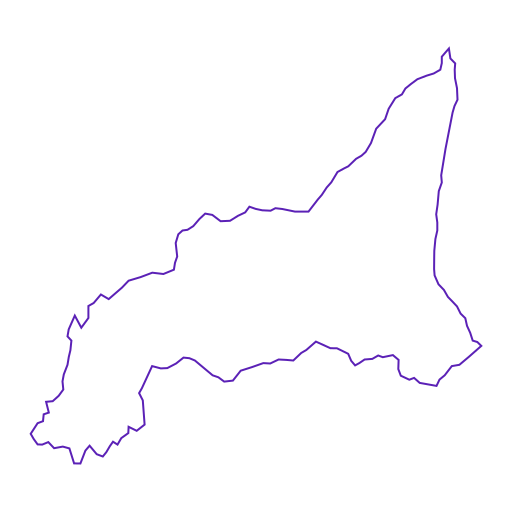 the district of Buritinópolis, Goiás, Brazil
{"feature_id": "56859067B12630589469330", "entity_name": "Buritinópolis", "entity_type": "district", "adm_level": 2, "iso_a3": "BRA", "parent_name": "Brazil", "parent_adm1": "Goiás", "projection": "equal_earth", "projection_center": [-46.305, -14.393], "detail": "fine", "context": "isolated", "style": "outline", "palette": "violet", "viewbox_px": 512, "rotation_deg": 0, "n_neighbors": 0, "source": "geoboundaries", "source_scale": "gbopen_adm2", "svg_char_len": 2270}
<svg xmlns="http://www.w3.org/2000/svg" viewBox="0 0 512 512"><path d="M128.3,433.1L128.6,426.8L136.7,430.8L144.6,424.6L142.8,400.4L139.1,393.1L141.9,388.2L152.1,366.1L160.8,368.4L167.3,368.1L176.1,363.5L183.5,357.6L189.4,358.2L194.9,360.5L212.6,375.3L218.4,377.3L224.2,381.6L232.9,380.6L240.7,370.7L252.0,367.1L263.3,363.1L270.2,363.5L278.6,359.5L286.2,359.9L293.3,360.5L301.3,352.9L306.3,350.0L315.9,341.6L330.4,348.2L337.0,348.3L348.2,353.8L351.2,360.8L355.1,365.4L359.3,363.1L364.6,359.5L372.3,358.9L378.2,355.5L382.8,357.2L392.9,355.1L398.6,359.9L398.3,369.1L400.8,375.7L409.3,379.7L414.1,377.9L419.7,382.9L430.4,384.8L436.5,385.9L439.5,379.6L444.7,375.3L451.8,366.1L459.4,364.8L468.9,356.8L481.3,345.9L477.3,342.0L472.7,340.6L470.2,332.8L467.0,325.8L465.3,318.2L460.6,313.6L457.0,306.4L452.3,301.4L447.9,296.9L443.9,289.9L438.5,284.3L434.6,275.4L434.1,269.1L434.2,257.5L434.3,250.8L435.4,239.0L437.3,230.5L437.3,222.5L436.2,214.3L437.6,204.6L438.8,191.1L441.8,182.5L441.2,175.3L445.5,148.9L452.6,112.5L454.5,106.0L457.5,99.7L457.0,88.2L455.0,78.2L454.7,69.7L455.2,63.4L450.4,58.5L448.9,48.5L445.5,52.4L441.8,56.7L441.8,63.1L440.3,69.7L433.7,73.5L426.8,75.6L417.4,79.2L410.8,84.1L405.4,88.5L401.9,94.4L395.3,98.1L388.7,108.7L385.1,119.2L376.2,128.7L371.0,143.0L365.7,151.9L361.5,155.7L356.1,158.8L348.3,166.3L344.1,168.4L337.5,172.0L331.3,182.3L326.7,187.5L321.8,194.9L317.9,199.4L308.5,211.6L295.0,211.6L282.3,209.0L275.4,208.2L270.6,210.7L262.3,210.3L255.7,208.9L249.4,206.7L245.2,212.4L238.0,215.8L230.0,220.8L220.6,221.2L212.3,214.9L205.2,213.6L199.6,218.8L193.3,226.1L187.5,229.8L182.5,230.5L178.3,234.3L175.7,243.0L177.2,256.5L175.0,262.8L173.9,269.7L163.4,274.0L152.3,272.7L140.6,277.1L128.6,280.7L122.0,287.6L108.7,299.1L100.9,294.5L93.7,303.0L88.4,306.0L88.4,318.0L81.3,327.7L74.8,315.6L68.7,329.4L67.5,336.4L71.4,340.6L70.4,350.2L68.8,356.9L67.5,364.8L63.8,374.4L62.5,381.4L63.3,389.5L58.7,395.8L52.7,401.2L46.1,401.8L48.8,412.6L43.7,414.3L43.0,421.2L37.6,423.2L34.6,427.8L30.7,433.8L33.7,439.0L37.6,444.4L42.2,444.6L48.3,442.1L54.1,448.2L62.8,446.6L69.4,448.4L74.1,463.4L80.4,463.5L85.4,450.6L89.6,445.7L96.7,454.2L102.8,456.5L106.3,452.2L109.9,446.1L113.0,441.7L117.5,444.6L121.3,438.1L128.3,433.1Z" fill="none" stroke="#5b21b6" stroke-width="2"/></svg>